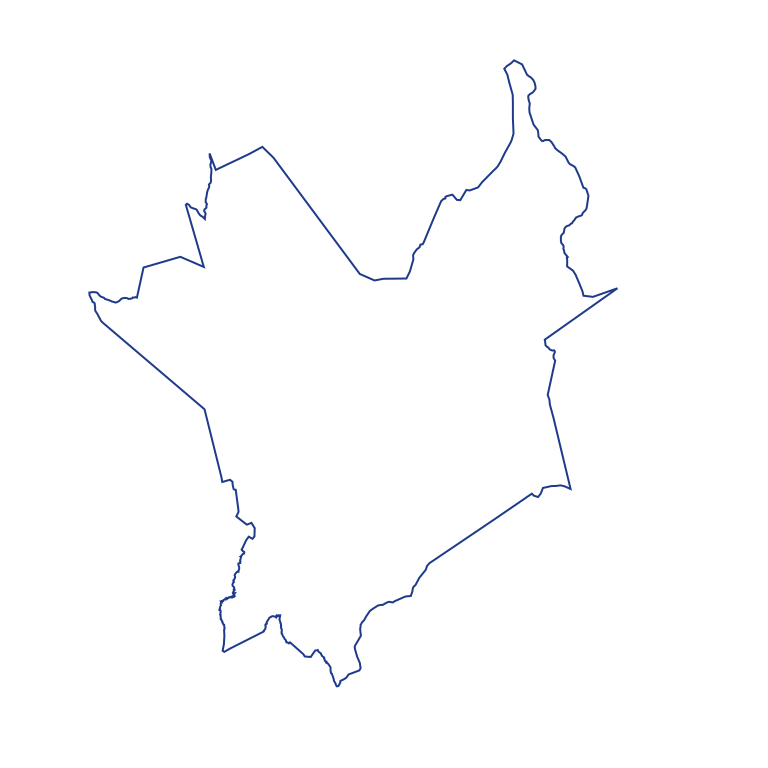 Heroica Ciudad de Tlaxiaco, Oaxaca, Mexico, rotated 162°
{"feature_id": "50627088B37412880496873", "entity_name": "Heroica Ciudad de Tlaxiaco", "entity_type": "district", "adm_level": 2, "iso_a3": "MEX", "parent_name": "Mexico", "parent_adm1": "Oaxaca", "projection": "natural_earth1", "projection_center": [-97.668, 17.235], "detail": "fine", "context": "isolated", "style": "outline", "palette": "blue", "viewbox_px": 768, "rotation_deg": 162, "n_neighbors": 0, "source": "geoboundaries", "source_scale": "gbopen_adm2", "svg_char_len": 6166}
<svg xmlns="http://www.w3.org/2000/svg" viewBox="0 0 768 768"><g transform="rotate(162 384 384)"><path d="M478.6,657.2L479.6,653.5L479.2,649.5L481.4,646.1L481.9,644.0L481.7,641.8L482.7,638.9L484.9,633.8L485.3,631.9L485.8,630.5L486.8,628.9L488.8,627.9L489.2,625.7L490.3,624.2L491.3,623.4L492.9,621.1L495.5,616.0L496.3,615.1L497.4,612.1L496.8,609.8L497.7,608.7L498.4,606.6L501.0,605.3L501.6,604.0L501.1,602.2L501.1,600.9L502.4,598.9L503.4,596.3L504.9,599.2L506.1,600.4L506.8,601.6L507.6,604.0L508.2,607.4L509.2,608.7L510.8,609.7L513.3,611.8L514.1,614.6L515.7,616.3L517.1,615.6L519.2,551.0L538.4,567.9L576.7,569.1L592.3,542.5L593.4,543.4L595.0,543.4L596.2,543.9L597.3,543.3L600.5,543.7L601.9,545.1L604.2,546.1L607.2,546.3L610.4,544.7L613.0,544.3L614.4,544.5L615.4,545.4L617.1,546.4L620.0,549.0L623.0,551.0L623.7,552.5L626.5,554.8L627.7,557.2L628.1,558.7L629.2,560.0L632.1,561.3L636.0,562.0L636.6,559.2L635.9,554.2L635.8,552.0L634.4,550.9L634.3,549.4L634.8,547.9L635.1,545.7L635.8,544.2L635.9,542.6L635.0,539.4L633.6,531.4L632.5,529.2L562.5,415.4L567.4,345.8L568.1,340.8L560.1,340.5L558.3,337.8L559.0,335.3L559.5,330.6L559.0,329.9L557.7,329.2L561.0,311.3L561.8,307.4L565.4,303.6L557.9,292.6L553.0,292.9L551.5,286.9L554.3,279.1L556.9,277.4L559.8,280.6L563.5,277.9L569.6,271.3L570.6,270.5L570.1,269.0L568.9,267.7L568.8,267.1L569.7,265.9L570.6,266.1L572.5,264.8L573.4,264.4L573.0,264.2L575.5,260.4L575.3,259.8L575.8,259.1L576.1,258.1L577.8,258.4L578.3,257.5L578.4,254.3L578.9,252.9L579.7,251.8L580.3,251.5L580.4,250.4L582.0,250.6L582.7,250.3L584.6,249.0L585.2,248.2L585.1,246.8L585.3,246.2L587.1,244.1L587.8,243.9L588.2,243.4L587.9,242.1L589.3,241.2L590.2,239.9L590.3,238.6L589.3,236.9L589.6,235.9L590.4,235.1L590.2,234.6L589.7,234.5L589.6,234.3L590.2,233.8L591.2,233.3L592.3,232.1L592.2,231.5L590.5,231.2L591.3,230.6L592.2,230.4L592.3,229.4L592.0,228.9L591.6,228.9L591.7,228.5L592.1,228.2L592.4,228.9L592.5,228.9L592.2,228.3L592.8,228.3L593.1,228.0L594.0,227.9L594.3,227.9L594.0,228.9L595.5,228.9L596.2,228.6L597.1,229.1L597.3,228.8L598.6,228.4L599.3,229.0L599.5,228.6L600.2,228.4L600.5,228.9L600.8,229.0L601.1,228.6L600.8,227.9L601.0,227.9L601.4,228.7L601.9,228.3L602.8,228.3L604.2,227.8L604.2,227.4L605.4,227.8L605.7,227.5L605.7,226.8L606.4,227.4L606.5,226.4L607.1,225.8L607.4,224.7L607.4,223.9L608.0,223.5L609.2,221.9L609.2,221.4L610.0,220.7L609.7,220.3L609.8,220.0L610.2,219.7L609.5,219.0L609.4,218.6L610.1,217.6L610.1,216.9L610.7,215.7L611.1,215.5L611.1,215.0L610.8,214.5L611.4,212.8L611.6,210.8L611.9,210.7L611.3,209.2L611.4,208.9L611.1,207.9L611.4,207.5L611.4,206.8L611.1,206.1L611.1,204.9L610.5,204.5L610.6,203.5L611.0,202.5L610.9,201.4L611.3,200.6L611.5,200.5L611.8,199.7L612.1,199.5L613.6,193.9L616.6,186.2L619.9,180.1L618.7,178.6L611.9,180.0L575.2,185.7L574.7,185.9L574.6,186.5L572.7,187.7L571.5,189.6L571.5,191.1L571.2,191.7L570.8,192.0L570.5,191.7L569.8,192.0L569.4,192.4L569.3,193.6L565.2,197.1L562.1,197.7L561.1,197.4L559.1,196.1L558.8,195.5L557.9,197.0L557.6,197.1L557.6,196.3L556.6,196.2L555.5,196.6L555.2,196.3L555.6,195.9L554.4,195.9L554.6,195.6L554.8,194.9L556.2,192.4L556.2,188.4L556.4,188.2L556.2,187.6L556.6,185.6L556.9,185.5L557.3,183.2L557.1,183.0L557.2,181.3L558.2,179.7L558.1,179.0L558.5,178.2L558.1,177.5L558.2,177.2L558.0,175.0L557.7,174.7L557.2,171.9L556.8,171.3L556.5,170.4L556.7,168.8L556.2,168.1L555.6,168.1L554.6,166.7L553.2,167.3L544.1,151.8L543.6,149.4L538.1,147.0L531.8,151.8L529.5,151.3L529.2,151.4L529.0,149.7L527.2,147.1L527.3,146.2L527.1,145.8L527.1,144.9L526.2,143.3L525.5,142.5L525.4,142.2L525.8,141.5L525.8,140.7L525.5,140.3L525.7,139.1L525.0,136.9L524.5,137.2L524.5,136.6L523.6,135.2L522.4,131.2L523.4,127.8L523.7,125.4L523.1,124.6L523.0,118.9L523.3,117.4L523.1,115.9L522.7,114.8L522.7,112.5L522.2,111.0L520.8,110.8L518.0,113.3L517.2,115.1L513.7,115.5L510.4,116.4L507.5,118.7L496.0,119.2L494.1,120.9L493.2,126.2L493.8,133.0L493.5,141.2L492.9,143.6L483.8,151.7L482.4,158.4L481.3,160.3L480.8,162.0L478.0,164.5L476.3,165.2L472.6,168.6L467.6,172.5L464.0,173.7L458.1,175.2L455.3,174.9L453.8,174.3L448.5,175.3L446.6,175.3L443.0,173.5L441.1,174.1L429.3,175.3L424.0,174.1L420.9,178.3L419.7,180.8L418.0,182.4L416.4,182.9L410.1,188.9L401.7,194.4L399.3,197.7L396.0,199.6L321.4,221.0L277.3,234.0L275.9,231.4L272.4,228.9L268.7,231.4L265.0,236.0L256.3,235.2L251.6,233.8L247.5,233.1L243.9,230.9L239.0,226.5L233.3,299.0L232.6,313.1L231.5,318.2L231.7,323.0L214.0,353.3L214.5,355.2L214.6,356.5L214.1,358.4L213.2,359.8L211.9,361.1L211.4,362.3L211.9,363.5L213.6,363.8L215.7,365.7L216.5,368.0L217.4,368.9L218.4,370.9L217.5,375.3L217.4,376.5L132.4,402.9L158.3,402.3L167.0,406.3L166.6,410.9L167.1,418.1L168.0,428.6L169.2,433.4L173.5,439.2L171.5,445.2L171.1,447.7L170.0,448.0L171.9,452.8L171.5,455.6L171.6,457.4L170.9,458.6L170.6,460.6L171.8,463.3L171.5,465.5L170.2,469.6L169.1,470.8L166.3,472.3L164.3,476.0L163.5,476.8L161.8,477.6L158.7,477.7L157.0,478.6L155.4,478.8L154.3,480.0L153.0,480.6L149.8,483.0L146.6,483.3L144.9,483.2L143.5,483.5L142.1,485.3L138.7,487.0L137.3,488.2L136.3,489.9L131.4,499.8L131.4,506.7L132.2,508.0L133.7,509.1L134.1,520.9L135.2,530.9L136.1,532.3L137.4,533.8L139.1,535.4L140.0,537.4L141.1,544.3L143.7,548.5L146.6,552.4L148.4,555.5L148.6,557.3L150.0,562.5L151.5,565.0L155.7,566.3L157.6,565.9L158.6,566.2L159.6,568.4L160.6,571.5L159.5,576.1L159.3,578.0L160.9,582.5L161.6,584.8L161.7,597.2L160.8,600.9L158.7,605.7L158.7,609.0L158.2,612.3L157.4,613.8L154.9,614.8L152.9,615.2L151.2,616.0L148.7,617.9L148.0,620.1L147.7,624.1L148.1,627.0L149.5,630.1L151.1,632.0L152.4,633.9L153.9,645.3L160.3,651.6L164.3,649.7L169.0,648.4L172.2,646.6L171.1,640.2L171.7,631.9L172.2,619.4L174.3,612.3L179.3,596.9L183.4,582.2L187.0,576.8L189.3,574.2L197.4,566.7L204.5,559.4L208.5,555.9L211.5,554.2L213.2,553.5L228.4,545.6L233.8,541.9L242.7,541.6L245.7,543.1L254.6,535.3L257.8,536.6L260.4,542.9L266.1,543.3L268.0,542.8L268.3,541.5L270.3,541.6L273.2,540.2L284.6,527.3L302.2,506.7L304.0,505.0L306.3,505.3L307.9,503.1L311.4,501.8L314.9,499.2L316.5,497.6L317.6,493.3L319.8,490.1L324.6,483.0L330.1,477.4L352.2,484.3L361.0,485.4L373.0,496.1L419.2,633.4L426.4,647.1L441.2,644.4L477.8,639.6L478.6,657.2Z" fill="none" stroke="#1e3a8a" stroke-width="2"/></g></svg>